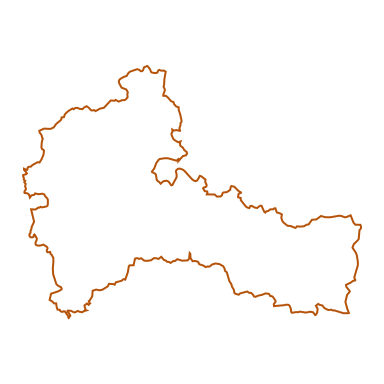 Luc Nam, Bắc Giang, Vietnam (Albers equal-area conic projection)
{"feature_id": "81297802B23878626253121", "entity_name": "Luc Nam", "entity_type": "district", "adm_level": 2, "iso_a3": "VNM", "parent_name": "Vietnam", "parent_adm1": "Bắc Giang", "projection": "albers", "projection_center": [106.454, 21.304], "detail": "fine", "context": "isolated", "style": "outline", "palette": "amber", "viewbox_px": 384, "rotation_deg": 0, "n_neighbors": 0, "source": "geoboundaries", "source_scale": "gbopen_adm2", "svg_char_len": 5916}
<svg xmlns="http://www.w3.org/2000/svg" viewBox="0 0 384 384"><path d="M199.2,264.2L203.7,265.7L205.6,267.1L207.4,266.5L209.5,266.6L212.3,264.4L215.6,263.5L219.4,264.1L223.2,266.2L224.6,268.6L224.9,270.7L226.8,272.3L229.3,280.9L231.4,284.3L232.0,286.7L233.8,289.7L234.5,293.0L235.5,293.8L238.7,294.7L240.2,293.4L247.2,291.5L249.3,292.9L250.9,292.8L252.9,294.5L254.0,296.5L255.6,296.8L258.3,295.6L261.8,294.9L265.5,293.4L268.5,293.8L269.2,294.2L270.2,296.0L271.9,296.2L273.1,297.1L275.5,300.8L275.6,301.7L273.8,304.1L274.0,306.1L284.2,305.2L286.0,304.7L288.3,304.8L289.3,305.4L290.2,307.0L290.9,309.1L291.2,311.9L292.0,312.8L295.9,312.1L298.4,312.2L299.9,311.6L305.8,312.6L310.4,311.7L313.1,312.3L315.0,314.9L315.7,315.0L317.2,312.6L317.6,308.7L315.9,305.8L318.2,303.9L319.8,304.9L322.4,305.5L324.3,308.0L327.4,309.7L328.9,310.0L331.1,309.7L333.2,310.5L334.4,310.4L343.4,313.2L348.3,313.2L348.9,313.0L347.5,309.5L345.4,302.0L347.1,294.9L349.8,291.6L349.6,290.9L346.5,287.1L346.0,284.9L350.7,282.6L353.3,280.7L354.9,280.6L355.3,280.1L354.3,277.3L357.8,265.5L357.9,262.2L356.8,255.2L355.8,252.7L352.5,247.7L353.8,244.1L357.7,240.4L358.7,239.0L359.5,230.1L360.9,228.5L361.0,226.7L360.4,224.8L355.4,224.7L353.6,222.8L350.6,215.3L346.3,217.1L344.8,217.3L341.4,216.0L339.4,215.7L330.0,217.3L325.2,217.2L321.0,216.0L316.4,219.4L311.9,219.8L308.7,224.4L306.6,224.7L303.9,226.3L299.6,226.6L297.1,226.3L295.8,227.7L295.2,227.9L290.8,226.1L287.4,225.7L283.5,222.5L282.4,221.1L281.3,217.8L281.9,214.5L280.3,213.5L276.8,212.4L275.4,208.3L274.1,208.4L273.2,209.3L270.4,209.3L268.3,210.9L266.2,211.4L265.3,212.6L264.3,211.9L261.5,205.8L260.1,205.7L257.1,208.0L254.5,207.5L251.7,205.8L250.3,206.1L249.4,208.0L248.0,207.8L246.0,206.7L240.8,200.2L240.7,197.9L238.6,197.5L238.0,197.0L238.5,194.2L239.2,193.5L240.8,193.0L241.0,192.5L238.3,190.8L234.4,186.8L231.4,186.0L230.7,187.0L230.2,189.9L226.9,192.1L223.3,192.5L222.4,193.5L222.0,195.3L220.5,196.5L217.0,196.6L214.6,194.5L206.8,194.4L207.5,192.5L207.2,191.4L204.8,191.2L203.1,188.4L203.6,187.6L205.7,187.0L206.6,185.9L206.6,184.9L205.2,181.9L205.5,179.6L201.1,176.2L199.8,175.9L198.1,179.1L196.8,180.7L195.9,181.1L194.3,180.8L192.2,179.4L184.5,170.9L182.7,169.6L180.0,168.6L177.9,168.8L176.2,170.4L175.9,171.5L176.6,174.4L176.6,177.2L172.4,185.0L171.6,185.3L171.0,185.0L168.7,181.7L166.7,180.7L163.5,181.2L160.6,183.7L159.3,182.0L158.0,181.3L156.7,179.8L156.0,175.1L155.5,173.9L152.0,172.0L151.9,171.6L154.3,168.4L156.3,163.0L158.9,159.5L159.8,159.0L164.9,158.2L168.1,158.3L176.6,160.7L178.4,158.9L178.7,159.0L178.5,161.0L182.9,156.1L186.0,155.3L187.0,153.7L186.7,152.0L184.3,150.1L182.9,147.7L180.2,145.6L180.0,142.6L180.5,141.5L178.2,142.3L174.5,140.0L173.4,139.1L171.5,134.8L171.5,133.4L172.5,131.8L172.3,129.5L173.8,130.5L176.8,130.1L179.6,130.9L180.1,130.7L179.4,128.2L180.5,125.2L180.5,123.1L181.5,121.8L181.5,120.3L180.2,114.4L178.7,109.9L178.7,107.3L176.2,106.5L174.1,104.1L173.5,102.1L171.1,101.2L168.1,97.7L166.0,95.9L163.3,95.8L163.2,95.1L164.8,90.4L164.8,89.3L163.6,86.8L164.1,84.7L164.4,79.1L165.7,71.7L164.0,70.6L161.4,70.7L159.3,69.9L158.2,70.6L157.6,72.1L156.8,72.9L154.5,73.0L152.1,72.6L151.2,72.1L150.0,69.3L148.2,66.8L147.0,66.0L144.0,67.4L143.1,70.2L142.0,71.2L140.9,71.2L138.9,69.7L137.1,69.2L129.9,71.7L128.5,72.9L126.6,76.0L123.5,77.0L120.2,79.0L119.2,80.1L118.8,81.5L119.4,83.7L121.5,87.6L126.3,89.5L127.6,91.8L127.8,92.6L127.3,94.1L127.6,97.3L125.5,99.7L124.4,100.1L122.0,100.2L118.7,101.6L115.6,99.9L114.7,100.7L110.7,100.5L103.9,107.8L99.8,108.7L95.6,111.1L94.2,110.1L92.3,110.5L91.1,110.3L88.8,107.8L86.6,106.2L84.1,107.5L82.5,109.1L79.9,108.9L77.1,107.8L75.3,108.0L73.7,109.2L72.5,108.5L68.4,111.0L66.0,113.1L64.8,114.5L63.9,117.2L61.6,117.4L61.3,119.4L60.6,120.3L56.2,123.9L53.8,127.3L51.3,128.6L49.7,128.9L44.1,128.6L39.3,130.8L39.6,132.5L41.5,135.0L42.1,137.6L42.8,138.5L41.8,142.1L41.4,147.4L42.2,149.3L43.3,149.7L44.0,150.6L43.5,154.7L41.6,159.2L39.5,162.5L37.6,162.2L32.4,165.1L30.9,166.6L28.3,166.9L27.6,167.9L27.4,169.5L26.9,170.0L24.0,168.7L24.0,169.7L26.9,173.3L26.3,174.2L23.2,175.0L23.0,176.0L23.8,177.6L23.8,179.7L25.2,180.8L24.3,182.2L25.7,183.9L25.1,186.2L26.0,189.0L24.5,191.5L24.4,192.4L24.6,193.0L27.3,193.3L29.0,194.5L29.9,197.6L31.5,195.4L34.2,194.8L35.2,193.4L38.3,194.2L42.5,193.7L44.4,194.5L45.0,196.0L47.3,198.5L47.9,200.0L47.8,204.7L47.4,205.8L46.3,206.5L41.9,207.4L40.6,206.8L39.5,207.6L38.1,207.6L36.2,209.2L35.0,209.5L31.1,209.3L34.1,221.7L31.6,227.1L31.4,229.1L30.6,230.7L30.5,232.8L29.5,234.0L29.4,235.7L30.4,237.2L32.1,237.4L33.5,236.9L33.8,235.1L34.4,234.5L35.1,235.2L36.8,238.4L36.7,240.0L35.6,242.3L35.5,244.0L36.0,244.9L37.5,245.5L39.8,245.7L43.4,244.6L46.7,246.7L47.6,248.1L46.7,250.6L47.1,251.9L47.7,252.3L50.1,251.9L50.6,254.0L51.6,254.7L53.3,257.9L53.4,261.9L52.8,268.7L53.2,274.4L56.3,284.0L57.6,285.4L61.1,287.3L61.7,288.7L61.5,289.4L60.2,290.3L58.0,291.4L51.1,293.7L49.6,299.9L52.3,301.5L54.1,303.4L56.2,303.4L56.6,306.7L57.5,309.6L59.7,309.8L60.4,311.2L62.1,311.9L62.7,311.9L63.3,311.3L64.7,311.3L68.7,316.9L68.3,317.6L68.7,318.0L70.3,315.6L68.8,312.9L67.5,311.8L67.5,310.9L67.8,310.6L71.0,310.8L73.6,312.2L74.9,312.4L77.9,310.9L79.3,311.7L82.3,312.2L83.9,311.1L86.5,310.4L85.1,309.8L85.3,308.1L84.6,306.8L84.5,305.4L87.0,303.5L88.6,304.9L90.1,303.3L89.4,302.8L88.8,301.1L89.6,300.7L92.2,296.3L92.7,290.7L96.1,289.6L99.7,290.3L102.4,289.7L107.6,286.5L109.0,283.8L113.5,284.1L114.6,284.7L115.9,282.3L121.2,280.9L123.7,279.1L125.3,279.6L127.8,272.3L128.9,266.1L129.5,265.4L133.6,265.2L135.0,258.7L136.0,258.3L137.2,258.2L139.3,258.9L141.1,258.2L144.2,260.6L146.7,260.9L151.0,260.3L153.8,258.2L155.8,258.2L158.6,258.9L161.3,256.8L164.0,260.0L165.5,260.4L167.3,261.9L168.8,261.9L170.6,262.9L173.6,260.9L175.0,261.0L177.3,259.2L182.2,260.7L187.7,260.4L189.1,258.7L189.7,253.1L190.3,253.8L190.5,258.1L192.6,261.2L195.0,261.0L197.6,261.6L198.3,262.1L199.2,264.2Z" fill="none" stroke="#b45309" stroke-width="2"/></svg>